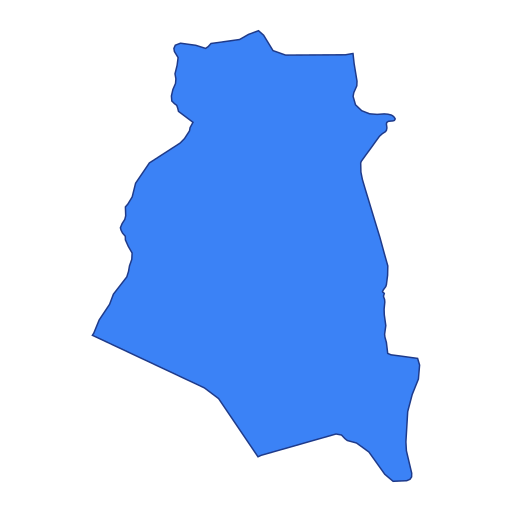 the border of South Khorasan
{"feature_id": "IRN-3244", "entity_name": "South Khorasan", "entity_type": "Province", "adm_level": 1, "iso_a3": "IRN", "parent_name": "Iran", "parent_adm1": "", "projection": "orthographic", "projection_center": [59.888, 32.335], "detail": "fine", "context": "isolated", "style": "filled", "palette": "blue", "viewbox_px": 512, "rotation_deg": 0, "n_neighbors": 0, "source": "natural_earth", "source_scale": "10m", "svg_char_len": 1839}
<svg xmlns="http://www.w3.org/2000/svg" viewBox="0 0 512 512"><path d="M353.0,53.5L354.1,63.5L357.0,81.2L356.8,85.8L353.8,92.6L353.1,96.4L355.5,104.8L361.7,110.7L369.5,113.8L377.1,114.4L384.2,113.9L387.9,114.2L391.2,115.0L392.7,115.8L394.3,117.3L395.2,118.9L395.1,119.1L394.4,120.4L392.9,120.9L388.4,121.3L386.7,122.5L386.4,124.1L386.7,126.1L386.9,128.0L386.4,130.4L385.4,131.7L382.3,133.7L379.5,136.2L375.8,141.3L371.2,147.7L365.9,154.9L361.3,161.3L360.7,162.9L360.9,172.1L362.4,179.5L365.2,189.0L368.6,200.2L372.1,211.8L375.8,224.0L379.9,237.4L384.3,253.5L387.8,265.9L387.6,275.3L386.4,284.6L385.8,286.5L383.3,289.9L382.5,291.6L382.9,292.4L383.7,292.8L384.3,293.5L383.5,296.0L383.7,297.2L384.2,298.4L384.6,299.6L384.8,302.1L384.1,309.3L384.3,314.9L385.8,325.6L384.6,334.2L384.9,337.0L386.4,342.5L387.7,353.4L391.0,354.8L401.0,356.1L417.6,358.4L419.6,365.1L418.4,379.1L412.2,394.5L407.7,411.6L405.9,441.9L406.4,450.8L411.7,473.2L411.6,476.9L410.0,479.3L406.7,480.7L393.1,481.3L384.8,474.3L368.9,452.0L356.5,443.0L347.3,440.5L345.0,438.7L341.5,435.0L336.0,434.0L261.2,455.3L258.0,456.8L218.6,398.6L204.4,387.9L92.4,335.3L93.8,333.1L99.2,319.9L109.6,304.3L113.4,294.2L126.8,276.9L128.5,271.5L129.5,265.8L131.8,259.3L132.1,253.0L128.3,246.4L125.4,239.9L125.3,236.3L122.5,233.0L121.1,230.3L120.4,227.8L122.1,223.6L124.8,219.4L125.7,215.8L125.4,206.9L127.9,204.0L132.2,196.9L135.6,183.2L149.4,162.9L180.2,143.0L184.5,138.6L189.5,130.9L190.1,127.6L193.0,122.3L178.5,111.4L177.7,108.1L176.7,105.3L174.5,103.7L171.8,101.0L171.4,96.0L172.9,89.5L175.5,83.5L175.9,78.9L175.0,73.8L177.1,65.3L178.1,57.6L174.4,51.5L173.9,48.4L175.3,45.2L180.5,43.2L195.8,45.3L205.6,48.4L208.2,46.6L211.0,43.5L239.6,39.5L248.5,34.4L258.5,30.7L263.6,35.2L273.0,50.6L285.6,55.1L345.4,54.8L352.9,53.5L353.0,53.5Z" fill="#3b82f6" stroke="#1e3a8a" stroke-width="1.5"/></svg>